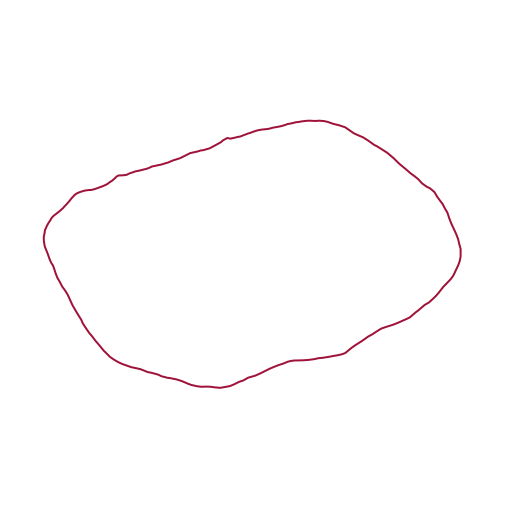 South Nilandhoo, Maldives (orthographic projection), rotated 251°
{"feature_id": "70690204B67340170019172", "entity_name": "South Nilandhoo", "entity_type": "district", "adm_level": 2, "iso_a3": "MDV", "parent_name": "Maldives", "parent_adm1": "", "projection": "orthographic", "projection_center": [72.94, 2.835], "detail": "fine", "context": "isolated", "style": "outline", "palette": "rose", "viewbox_px": 512, "rotation_deg": 251, "n_neighbors": 0, "source": "geoboundaries", "source_scale": "gbopen_adm2", "svg_char_len": 3140}
<svg xmlns="http://www.w3.org/2000/svg" viewBox="0 0 512 512"><g transform="rotate(251 256 256)"><path d="M206.3,452.6L211.8,452.4L216.9,451.9L222.2,451.3L228.8,451.0L234.6,451.1L240.6,449.9L244.3,449.4L248.2,448.1L252.7,446.7L258.4,445.5L263.3,442.6L266.1,439.8L270.7,436.6L275.8,434.4L279.2,432.3L284.0,429.0L289.2,426.0L296.4,421.6L303.8,417.9L311.0,413.6L315.9,409.7L319.9,406.5L322.6,403.9L328.8,399.5L333.4,395.8L336.8,392.0L340.1,388.5L344.6,385.2L348.6,382.3L352.5,377.2L355.9,371.9L359.5,367.4L361.5,364.1L363.3,359.9L364.4,356.0L365.4,353.4L366.6,350.5L367.6,346.8L368.4,343.0L368.9,339.7L369.5,337.2L369.7,334.4L370.0,331.7L370.5,328.8L370.4,326.6L370.5,323.3L370.7,321.1L371.2,317.6L371.8,314.0L372.0,310.7L372.3,308.3L373.7,302.4L374.3,298.4L374.4,294.4L374.3,291.2L374.4,287.9L374.1,280.0L374.6,277.0L374.7,275.0L374.9,273.0L375.1,271.9L375.2,270.3L376.9,267.2L376.2,262.8L375.0,259.7L374.3,255.7L373.5,251.0L372.9,247.0L373.1,243.8L373.2,240.7L373.8,238.0L373.8,235.3L374.1,232.6L374.7,227.3L374.1,222.7L373.2,216.0L373.4,208.3L373.0,203.2L373.2,199.9L373.3,196.1L373.7,193.3L374.1,189.7L374.5,186.6L374.1,183.4L374.1,180.4L374.4,177.5L374.6,174.7L374.9,172.1L375.2,170.2L375.3,168.7L375.2,167.1L375.3,165.2L375.2,162.5L374.9,160.3L375.2,158.2L375.7,156.3L376.0,155.2L376.6,153.2L376.9,152.0L376.5,150.0L375.4,147.8L374.1,144.6L373.4,141.8L372.4,138.6L372.1,136.1L371.9,133.6L371.8,128.5L371.8,124.8L372.1,121.7L372.9,119.0L373.6,115.3L373.8,110.7L373.6,107.3L372.9,104.7L370.7,100.5L368.8,97.6L366.2,93.0L365.3,91.1L364.1,89.1L362.2,84.5L361.2,81.6L360.2,78.5L359.4,76.7L358.4,75.0L356.7,73.1L355.0,70.8L352.8,68.3L350.8,66.5L349.2,64.9L346.8,63.7L343.2,61.6L341.6,61.0L338.2,60.1L333.8,59.4L329.6,59.6L325.5,59.8L320.3,59.8L316.0,60.2L312.9,61.0L309.5,61.0L304.9,60.9L300.1,61.1L295.1,62.1L290.2,62.8L285.4,64.3L280.5,65.4L275.0,65.9L269.0,66.5L262.0,67.9L256.9,69.0L252.7,70.0L248.7,70.3L243.2,71.7L237.7,73.2L233.1,75.0L228.4,76.5L223.4,78.5L216.1,81.2L211.5,83.5L208.3,85.0L204.7,87.6L201.6,90.2L199.0,92.7L196.9,95.0L194.6,98.0L191.6,101.7L189.1,105.9L186.7,109.8L183.9,113.1L181.5,115.8L179.7,119.0L178.4,120.9L176.2,124.2L174.7,125.9L173.0,127.6L171.2,130.4L169.6,132.7L168.6,134.9L165.1,140.8L162.0,145.0L157.4,150.1L155.4,152.5L152.3,157.4L150.4,161.2L149.6,163.4L148.7,166.5L147.2,170.4L145.1,174.5L143.0,179.3L142.2,184.2L141.5,189.0L141.8,193.8L142.5,198.9L142.5,203.6L143.5,209.0L143.1,216.2L143.6,222.0L144.3,227.1L145.0,232.6L145.3,237.1L145.5,241.6L145.4,247.3L145.7,251.6L145.4,254.8L144.7,258.3L143.5,262.0L142.2,266.1L140.7,271.6L139.6,277.0L139.0,282.0L138.1,285.6L137.1,291.1L136.3,296.5L135.5,301.5L135.1,305.5L135.2,308.8L138.2,316.9L139.4,321.1L140.8,327.1L142.1,331.8L143.3,335.7L144.1,340.5L145.2,344.7L146.6,350.8L146.6,355.4L146.5,359.3L146.4,363.8L146.6,367.8L147.1,373.9L147.4,377.3L147.9,381.6L149.8,386.2L150.9,389.1L151.6,391.4L154.8,399.5L155.8,404.5L157.9,409.3L159.7,413.2L162.3,417.6L165.6,422.6L168.2,427.7L170.8,432.7L172.8,435.6L174.6,437.6L177.8,440.6L181.2,444.0L184.9,447.0L188.9,449.3L196.1,451.8L200.4,452.0L206.3,452.6Z" fill="none" stroke="#9f1239" stroke-width="2"/></g></svg>